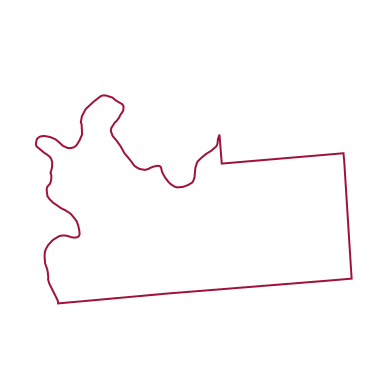 the district of Meigs, Ohio, United States of America, rotated 172°
{"feature_id": "52423323B59957998601513", "entity_name": "Meigs", "entity_type": "district", "adm_level": 2, "iso_a3": "USA", "parent_name": "United States of America", "parent_adm1": "Ohio", "projection": "robinson", "projection_center": [-81.882, 39.04], "detail": "fine", "context": "isolated", "style": "outline", "palette": "rose", "viewbox_px": 384, "rotation_deg": 172, "n_neighbors": 0, "source": "geoboundaries", "source_scale": "gbopen_adm2", "svg_char_len": 1873}
<svg xmlns="http://www.w3.org/2000/svg" viewBox="0 0 384 384"><g transform="rotate(172 192 192)"><path d="M66.3,85.1L46.0,84.0L37.1,199.8L36.6,209.3L158.6,216.0L156.8,245.0L158.9,240.9L159.9,236.8L160.7,234.9L162.0,233.5L167.2,230.2L172.8,227.7L178.3,224.3L182.1,221.5L183.4,219.6L185.3,215.4L187.5,206.2L189.0,203.1L190.5,201.3L195.1,199.4L200.3,198.3L205.9,198.6L208.5,199.7L212.4,203.2L214.3,205.9L216.6,210.0L218.3,214.3L218.9,216.6L219.3,220.7L219.7,221.5L220.7,222.3L221.7,222.6L223.6,222.8L226.9,222.4L230.6,221.6L231.4,221.0L235.6,220.4L240.8,222.2L243.4,224.1L245.4,225.9L248.9,232.5L253.4,239.6L256.5,247.6L259.6,253.5L262.8,258.5L263.9,263.7L263.1,266.4L262.6,267.1L258.6,271.7L256.7,272.9L253.6,276.1L252.9,277.4L248.8,282.1L247.9,286.0L248.1,287.2L248.7,288.5L254.6,293.2L257.6,296.5L258.5,297.0L263.9,299.6L266.9,300.0L268.9,299.7L276.6,295.3L285.1,289.4L286.7,287.7L290.6,282.1L292.4,276.4L291.9,274.4L292.8,264.3L296.2,258.8L299.7,254.5L301.9,253.1L303.2,252.6L306.0,252.4L309.0,252.9L313.3,255.6L318.5,261.8L320.1,263.3L324.3,265.9L326.6,266.8L330.4,268.0L332.7,268.2L334.6,268.0L336.5,267.3L338.0,266.2L338.8,264.8L340.0,261.1L339.6,258.8L332.8,251.3L330.5,249.4L327.9,246.6L326.9,244.6L326.4,241.6L326.3,240.7L327.3,235.6L329.5,230.4L329.1,229.5L329.0,227.5L329.6,224.3L330.4,222.0L331.5,219.9L334.1,217.8L335.2,216.2L335.7,213.6L335.7,207.9L334.1,204.8L331.1,200.8L323.7,194.0L320.1,191.6L316.4,188.5L314.8,186.8L311.8,181.9L310.3,179.0L309.4,174.9L309.0,170.0L309.1,166.2L309.9,164.4L310.9,163.6L312.3,163.1L314.9,163.2L317.5,163.9L321.5,165.9L324.3,166.7L326.5,167.0L329.6,166.8L335.3,164.4L337.5,163.1L342.0,159.3L344.7,155.7L345.7,154.0L346.5,151.2L347.0,148.4L347.4,141.8L346.1,135.2L346.0,132.6L346.2,127.4L346.7,125.4L346.1,121.2L341.0,106.1L339.9,102.4L340.1,100.3L230.6,94.9L66.3,85.1Z" fill="none" stroke="#9f1239" stroke-width="2"/></g></svg>